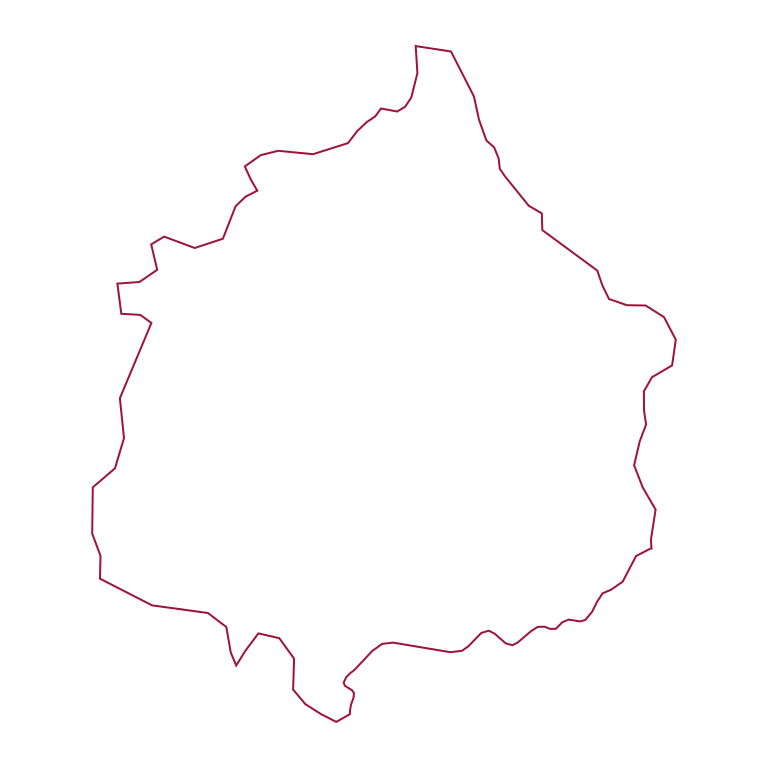 outline of Yambol
{"feature_id": "BGR-2255", "entity_name": "Yambol", "entity_type": "Province", "adm_level": 1, "iso_a3": "BGR", "parent_name": "Bulgaria", "parent_adm1": "", "projection": "orthographic", "projection_center": [26.657, 42.284], "detail": "fine", "context": "isolated", "style": "outline", "palette": "rose", "viewbox_px": 768, "rotation_deg": 0, "n_neighbors": 0, "source": "natural_earth", "source_scale": "10m", "svg_char_len": 1560}
<svg xmlns="http://www.w3.org/2000/svg" viewBox="0 0 768 768"><path d="M651.5,548.6L650.6,548.5L636.1,556.0L622.7,581.6L610.9,589.8L602.5,593.4L597.0,601.9L592.1,611.8L585.3,620.0L580.0,621.4L568.6,619.6L562.3,622.3L555.7,628.9L550.1,628.9L544.4,626.7L537.7,626.9L531.1,631.1L523.7,637.4L517.5,642.7L512.5,645.2L505.8,643.4L494.5,633.6L488.8,630.7L481.4,632.9L468.3,646.3L462.0,650.8L450.3,652.2L393.0,642.6L382.1,643.9L372.2,651.0L354.5,669.9L350.1,673.3L346.3,677.1L343.7,682.5L344.8,685.7L352.2,690.4L354.0,693.2L353.5,697.8L350.9,705.0L350.2,709.3L349.8,714.3L349.4,714.5L336.2,721.9L320.8,714.0L305.4,704.2L293.1,689.6L294.1,658.7L279.3,638.2L258.4,633.4L245.3,650.9L236.2,665.5L230.8,652.6L226.3,627.0L207.9,613.0L152.1,605.4L100.0,578.7L100.5,555.8L92.2,533.6L92.8,487.3L115.0,468.3L124.0,438.1L119.9,398.2L151.4,323.0L140.3,314.9L121.3,313.8L117.4,283.6L139.4,282.0L157.2,269.8L151.2,244.4L164.1,236.6L194.7,248.0L222.9,238.7L235.6,206.2L245.8,196.5L257.3,190.7L250.9,179.7L244.8,166.4L260.8,155.1L278.1,150.8L313.0,154.2L348.0,143.1L357.2,131.1L366.6,122.2L375.2,116.4L381.0,108.5L397.2,111.5L405.1,106.8L411.3,97.5L417.4,73.1L415.7,46.1L451.0,51.5L474.0,96.6L478.9,119.4L486.3,140.3L494.2,147.5L498.6,158.3L499.8,168.8L505.0,176.4L528.8,205.8L541.8,213.4L542.3,230.1L597.3,270.6L602.3,285.2L609.0,299.0L626.8,305.2L645.6,305.5L664.0,317.1L675.8,339.7L672.1,365.4L652.0,377.2L643.9,391.3L644.0,410.4L646.1,424.5L639.7,441.4L634.1,465.3L642.7,487.4L655.6,509.6L650.9,539.9L651.5,548.4L651.5,548.6Z" fill="none" stroke="#9f1239" stroke-width="2"/></svg>